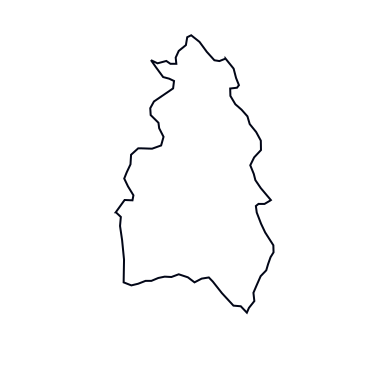 Lindesberg, Orebro, Sweden, rotated 231°
{"feature_id": "70781695B98583425778893", "entity_name": "Lindesberg", "entity_type": "district", "adm_level": 2, "iso_a3": "SWE", "parent_name": "Sweden", "parent_adm1": "Orebro", "projection": "equal_earth", "projection_center": [15.383, 59.693], "detail": "fine", "context": "isolated", "style": "outline", "palette": "ink", "viewbox_px": 384, "rotation_deg": 231, "n_neighbors": 0, "source": "geoboundaries", "source_scale": "gbopen_adm2", "svg_char_len": 1369}
<svg xmlns="http://www.w3.org/2000/svg" viewBox="0 0 384 384"><g transform="rotate(231 192 192)"><path d="M164.8,82.0L157.6,86.1L154.6,92.4L152.2,99.9L148.5,104.5L146.4,111.7L143.4,117.5L138.9,122.5L136.4,129.9L128.3,135.1L120.2,137.1L118.6,145.0L115.0,151.3L109.3,151.8L94.5,151.6L77.6,152.7L72.5,158.0L63.7,158.7L66.1,163.3L68.0,171.8L68.3,172.0L75.0,176.3L78.3,182.5L83.4,192.4L84.4,200.4L88.1,205.8L91.9,212.0L93.8,217.4L99.4,221.7L114.5,223.4L123.9,225.7L135.3,229.4L140.9,232.8L140.9,236.2L137.1,240.8L136.2,246.8L136.1,248.2L151.7,247.9L161.3,248.7L167.2,251.4L176.1,254.1L179.8,262.1L181.2,272.0L188.6,277.8L198.2,279.6L208.5,279.6L215.9,282.7L224.8,282.3L232.9,280.9L242.5,282.3L248.4,286.8L244.7,292.6L245.5,295.7L252.9,298.0L261.7,302.0L274.8,302.0L274.6,301.8L276.5,295.7L280.3,292.3L291.6,291.7L303.9,292.3L314.3,290.0L315.3,285.7L310.0,279.7L310.0,270.5L306.7,263.9L301.5,260.5L305.2,255.9L310.0,254.5L313.7,246.2L320.0,243.2L320.3,243.1L311.8,242.5L299.5,241.9L294.4,245.6L289.6,247.9L284.4,242.5L286.3,219.4L283.4,212.3L277.8,208.3L266.9,209.5L262.2,206.6L252.8,204.6L247.6,197.3L250.8,188.2L256.8,181.3L259.8,177.7L259.3,168.1L252.2,161.6L248.4,153.7L245.1,147.8L236.7,145.8L226.3,144.4L223.0,140.5L228.2,134.6L224.2,119.9L224.0,120.1L217.4,121.0L210.9,114.7L198.6,107.4L182.2,96.6L164.8,82.0Z" fill="none" stroke="#020617" stroke-width="2"/></g></svg>